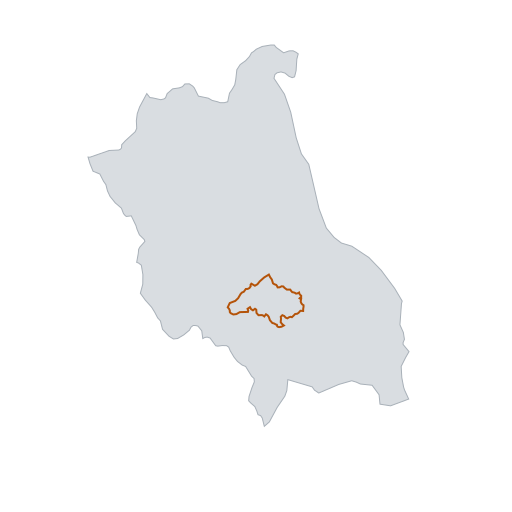 Bulgaria, with Sliven highlighted, rotated 66°
{"feature_id": "BGR-2231", "entity_name": "Sliven", "entity_type": "Province", "adm_level": 1, "iso_a3": "BGR", "parent_name": "Bulgaria", "parent_adm1": "", "projection": "equal_earth", "projection_center": [26.271, 42.597], "detail": "fine", "context": "in_parent", "style": "outline", "palette": "amber", "viewbox_px": 512, "rotation_deg": 66, "n_neighbors": 0, "source": "natural_earth", "source_scale": "10m", "svg_char_len": 3607}
<svg xmlns="http://www.w3.org/2000/svg" viewBox="0 0 512 512"><g transform="rotate(66 256 256)"><path d="M415.0,317.7L406.6,316.2L403.7,316.7L401.8,318.7L397.9,318.3L393.1,318.3L388.1,320.6L385.3,321.6L381.5,319.5L374.5,313.1L370.3,308.7L367.1,307.6L364.0,308.9L352.7,310.4L350.0,313.0L344.8,315.8L339.6,317.2L332.1,318.1L328.1,318.0L325.9,319.4L324.0,323.5L322.8,327.6L321.6,329.3L312.3,331.3L310.2,333.6L309.6,335.9L309.8,338.2L302.3,336.0L296.5,337.5L295.1,339.2L293.9,341.7L294.6,344.4L296.7,347.0L298.7,354.1L299.5,361.2L298.2,365.2L293.9,368.1L285.0,371.2L276.4,369.7L272.5,371.0L266.1,371.4L260.3,372.2L251.2,375.1L243.0,376.8L235.7,370.9L227.0,366.9L217.8,364.5L214.6,366.2L213.3,367.6L205.6,362.4L202.2,360.5L200.6,358.5L197.5,351.6L195.6,351.4L189.2,353.9L183.2,353.8L179.5,353.3L168.6,353.6L167.1,358.4L165.8,359.1L163.4,359.8L157.6,359.5L150.2,363.0L142.2,365.1L136.1,365.2L129.7,364.1L125.8,364.9L117.6,365.3L112.3,370.4L104.1,370.1L97.3,369.2L98.2,367.6L99.9,347.2L103.4,338.2L103.3,336.3L102.6,334.9L99.7,333.4L97.6,328.5L93.3,315.7L90.8,313.0L83.8,310.3L77.7,306.6L72.5,301.7L63.2,289.7L68.1,288.5L69.6,286.0L74.5,279.4L75.1,276.1L74.7,274.3L71.5,271.1L69.4,264.2L71.2,257.7L71.4,254.3L69.9,251.0L71.6,246.9L75.1,244.7L77.3,244.0L86.5,243.6L92.4,235.4L96.0,232.8L99.7,228.1L101.4,226.4L103.0,222.8L103.6,219.1L96.5,214.0L94.1,210.1L91.0,205.8L86.7,202.8L78.0,197.7L74.7,192.6L73.3,185.9L71.1,180.8L68.6,177.5L68.2,174.9L67.2,171.6L67.1,165.1L69.3,156.6L70.7,153.5L73.7,152.7L81.6,148.1L82.1,142.3L83.6,138.7L86.1,136.6L88.5,135.2L92.7,138.6L103.0,144.0L108.0,147.9L107.8,150.4L105.3,152.8L100.7,155.1L98.0,158.3L97.2,162.2L97.9,164.9L101.0,167.3L119.8,164.2L138.8,165.8L164.3,171.2L181.2,173.0L193.7,170.5L216.9,175.0L238.4,179.2L259.1,180.4L270.8,177.1L278.9,172.7L286.0,164.5L303.3,153.5L320.1,147.4L342.0,142.5L356.6,140.8L358.7,142.5L377.4,152.5L385.8,152.5L392.5,154.3L395.0,156.9L396.7,157.6L405.6,155.1L409.6,160.6L415.9,168.3L426.5,172.3L435.9,174.5L438.9,174.8L448.8,174.7L447.6,194.0L441.8,203.0L432.8,200.0L421.3,202.5L415.4,212.7L412.0,215.7L408.9,219.3L407.0,232.6L406.7,254.4L402.4,257.1L398.4,257.9L381.9,277.2L391.5,282.6L395.8,286.7L402.9,298.2L413.0,311.3L415.0,317.7Z" fill="#d9dde1" stroke="#a8b0b8" stroke-width="1"/><path d="M291.4,302.7L288.3,299.1L288.6,293.2L287.3,289.5L284.5,285.6L283.7,283.8L283.7,281.7L282.0,278.7L282.7,277.0L282.6,275.1L281.5,273.2L280.1,272.7L279.4,271.5L282.7,269.1L282.4,266.2L280.7,262.9L278.9,257.2L278.2,251.8L281.1,251.7L283.9,251.1L287.9,251.6L289.3,250.7L290.6,249.3L292.0,249.0L293.5,249.0L294.2,247.2L294.1,244.9L295.0,243.4L296.5,243.0L299.2,241.5L300.6,238.4L302.2,238.1L303.8,237.6L304.6,236.4L305.5,235.4L306.5,234.9L306.9,233.9L307.0,232.6L306.9,231.5L308.0,231.7L309.0,231.6L310.7,230.9L312.2,231.6L312.0,232.5L312.4,233.4L313.0,233.0L313.5,232.2L315.8,233.7L317.4,233.8L318.9,233.5L320.3,232.6L321.7,233.2L323.5,234.4L325.4,235.3L324.1,237.7L325.3,240.4L325.5,242.0L324.9,243.8L325.8,246.0L326.5,248.1L325.6,249.2L325.4,250.7L325.7,252.7L324.3,254.0L322.3,254.6L320.8,256.0L321.6,258.1L323.6,258.7L325.1,259.6L326.6,260.4L328.8,259.8L330.8,258.8L331.0,261.4L330.4,263.8L329.7,264.7L328.9,265.2L327.3,264.9L326.7,265.7L325.8,266.3L324.8,267.1L323.9,268.3L320.3,269.4L316.7,269.1L315.0,269.5L313.3,270.6L314.0,271.9L314.6,273.0L313.4,273.6L312.4,274.6L311.1,277.8L308.2,278.7L305.1,277.6L303.8,278.4L304.4,280.9L302.6,282.1L300.3,282.3L300.8,285.2L302.7,285.3L303.8,286.1L300.7,293.6L301.1,297.5L300.2,300.5L297.9,302.4L296.5,302.7L295.1,302.1L293.3,302.1L291.4,302.7Z" fill="none" stroke="#b45309" stroke-width="2"/></g></svg>